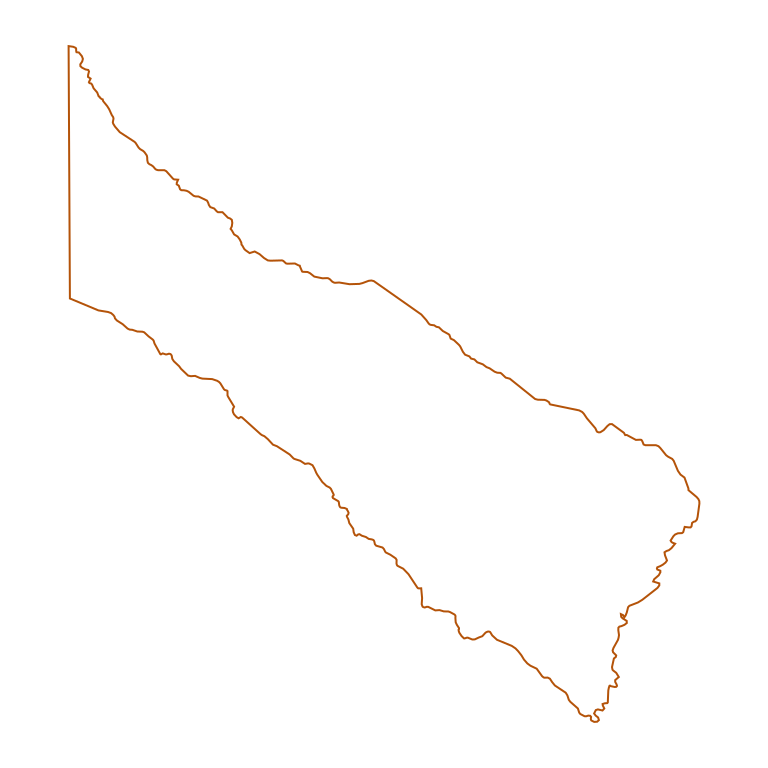 Formosa, Robinson projection
{"feature_id": "ARG-1307", "entity_name": "Formosa", "entity_type": "Province", "adm_level": 1, "iso_a3": "ARG", "parent_name": "Argentina", "parent_adm1": "", "projection": "robinson", "projection_center": [-59.89, -24.679], "detail": "fine", "context": "isolated", "style": "outline", "palette": "amber", "viewbox_px": 768, "rotation_deg": 0, "n_neighbors": 0, "source": "natural_earth", "source_scale": "10m", "svg_char_len": 6064}
<svg xmlns="http://www.w3.org/2000/svg" viewBox="0 0 768 768"><path d="M68.6,46.1L73.3,46.8L75.7,47.9L76.1,48.6L76.2,51.1L76.5,52.2L78.9,52.5L81.9,56.2L82.9,58.9L82.2,61.5L80.3,64.3L80.4,66.2L82.1,67.7L85.4,69.4L88.3,70.0L89.0,71.5L88.1,74.9L88.0,76.9L90.6,78.6L88.9,82.2L89.5,83.1L91.3,83.6L92.2,84.9L93.6,88.3L97.2,92.5L98.6,96.2L99.5,96.7L99.6,97.3L100.8,98.4L102.1,99.3L102.7,99.4L103.2,101.2L107.2,106.1L109.2,109.3L111.7,114.9L113.2,117.2L113.5,118.7L112.8,122.3L113.2,123.7L115.0,126.6L119.8,132.2L134.5,141.8L135.6,142.9L138.6,147.6L140.1,149.1L143.1,150.9L144.5,152.2L146.8,155.5L147.2,157.3L147.3,160.2L147.9,162.8L149.4,164.2L151.3,165.1L153.2,166.5L155.2,168.9L156.3,169.7L158.1,170.2L164.4,170.2L166.3,171.2L173.0,178.7L174.1,179.4L178.1,179.7L176.8,182.7L176.7,184.3L178.8,185.7L180.1,189.3L181.3,190.2L184.1,190.3L186.6,190.8L188.7,191.8L193.6,195.8L195.4,196.4L198.5,196.5L207.0,200.6L208.1,202.6L208.9,205.0L210.3,207.1L214.2,208.5L216.7,211.3L218.0,212.2L222.5,212.2L227.9,217.7L230.1,218.5L231.8,219.8L232.3,222.9L231.8,226.4L230.6,228.9L231.8,230.3L234.1,234.4L237.6,236.5L239.7,239.4L241.3,242.6L241.5,244.6L242.3,245.5L244.2,248.9L245.5,250.2L249.6,253.1L254.7,251.5L259.5,254.1L264.0,258.0L267.8,260.4L270.5,260.7L282.0,260.4L283.3,260.9L286.0,263.4L287.3,263.7L294.9,263.5L298.6,265.4L299.8,265.7L300.0,266.6L302.1,271.5L302.8,271.8L307.6,272.0L310.0,273.2L314.3,276.6L322.5,278.3L327.2,278.1L328.3,278.3L329.8,279.2L332.3,281.7L333.8,282.5L335.0,282.8L339.2,282.5L349.5,284.2L359.4,283.9L362.5,283.1L368.7,280.8L371.4,280.5L373.8,281.1L421.3,314.5L426.3,320.1L428.6,323.4L429.6,324.4L430.9,324.9L434.2,325.3L436.4,326.8L438.9,327.3L442.8,331.0L448.6,334.2L449.4,334.9L450.7,338.6L453.9,340.1L459.0,344.9L460.2,346.4L462.9,351.8L465.1,354.7L469.4,356.4L471.1,358.6L474.4,359.4L477.3,362.3L482.8,364.3L486.5,367.1L489.6,368.3L494.6,371.7L497.2,372.7L500.5,372.9L501.7,373.8L505.7,377.6L509.8,378.7L535.1,399.0L537.8,399.7L544.5,399.9L546.4,400.5L548.4,401.8L549.2,402.4L549.5,403.6L550.2,404.4L579.2,410.4L582.2,412.0L583.8,413.7L586.9,418.3L595.4,428.3L596.6,431.0L597.3,431.9L598.9,432.4L600.4,432.2L603.7,430.1L607.4,426.0L609.6,424.2L612.0,424.1L623.9,432.8L625.2,435.1L626.8,435.0L635.9,439.9L640.2,439.7L641.4,439.9L642.3,441.2L643.6,444.5L645.4,445.2L655.9,445.2L658.5,446.2L660.3,448.0L666.1,455.2L668.1,456.7L672.2,458.9L673.7,460.8L677.9,470.8L680.5,474.6L684.5,477.6L688.4,488.4L688.5,490.2L696.6,497.0L698.4,499.1L699.3,501.1L699.4,503.6L697.6,516.9L696.9,519.6L695.4,521.3L693.6,521.8L692.1,522.9L691.5,526.4L690.6,527.4L688.6,527.4L684.7,526.9L683.2,532.2L682.0,533.1L677.9,533.3L675.1,534.5L673.4,536.2L670.6,540.6L671.4,541.9L672.5,542.7L675.1,543.7L671.5,548.1L668.9,550.2L666.5,551.0L664.5,552.3L665.0,555.3L667.0,560.5L665.5,562.6L662.8,564.7L660.1,566.2L657.3,567.3L656.9,568.4L657.3,569.5L660.3,570.7L660.4,572.2L658.8,575.2L654.2,579.2L653.2,581.5L659.3,583.4L659.3,585.4L657.5,587.9L642.3,599.8L637.9,602.5L629.4,605.8L628.1,607.2L626.8,612.4L625.6,615.5L624.4,617.2L623.2,615.2L620.9,614.1L621.2,616.8L622.7,618.4L626.7,620.9L626.8,623.0L624.5,624.8L621.5,626.1L619.4,626.6L618.4,627.7L618.3,630.2L619.0,635.1L618.6,637.6L618.0,639.8L613.5,647.9L612.6,650.4L613.1,652.3L616.2,655.4L615.8,657.0L613.9,658.5L612.0,667.1L612.5,669.7L613.2,670.5L616.2,672.8L618.8,677.0L615.2,680.1L615.2,681.9L616.6,684.5L617.0,685.9L616.3,686.8L614.8,687.0L610.6,686.1L610.0,685.6L609.5,685.8L608.9,687.5L608.3,690.4L607.8,702.4L607.3,703.1L604.8,703.3L602.6,704.0L602.8,705.5L604.3,708.5L602.5,710.5L597.9,709.4L595.8,710.1L594.1,713.5L595.7,715.6L598.1,717.5L598.9,720.1L597.2,721.7L594.2,721.9L591.4,720.5L591.0,719.9L590.8,718.9L591.1,716.9L590.2,715.8L588.3,715.6L586.1,716.3L584.5,716.2L580.3,714.0L579.2,712.6L577.9,708.5L570.3,701.8L568.8,699.8L567.4,695.4L565.7,692.7L554.9,685.5L552.2,682.2L549.9,678.7L547.7,677.6L544.2,677.7L543.2,677.1L542.1,676.2L536.7,668.7L530.4,665.7L527.3,663.4L524.0,659.6L521.4,655.3L518.1,651.1L515.5,648.4L511.8,645.9L497.0,639.8L492.2,635.4L490.2,632.1L489.5,631.7L488.1,631.5L486.4,632.1L485.3,632.9L482.3,636.2L478.8,637.5L474.8,639.4L472.3,639.5L467.9,637.7L466.8,637.7L464.7,638.4L464.0,638.4L461.6,636.1L459.3,632.7L458.7,630.9L458.6,629.6L459.0,629.1L459.0,628.1L456.8,624.7L455.7,622.3L455.4,617.9L455.5,616.2L455.3,615.4L454.5,614.5L450.1,612.1L448.4,611.5L443.8,611.4L439.5,610.1L435.3,610.4L428.3,606.9L426.8,606.8L424.8,607.5L423.2,607.1L422.5,606.5L421.7,604.2L422.1,598.1L421.2,588.3L418.9,588.4L418.0,588.2L417.3,587.5L408.5,574.2L403.2,568.7L397.5,565.8L396.9,565.0L396.5,563.6L396.6,559.9L395.7,558.4L390.3,554.7L385.9,552.5L385.2,551.7L383.9,549.0L382.5,547.5L376.2,545.7L374.9,544.2L374.3,541.5L373.9,540.5L373.2,539.9L371.8,539.4L368.7,538.9L365.9,537.0L361.8,535.7L359.5,534.2L358.2,534.4L356.6,535.7L354.9,535.0L353.7,532.3L353.2,528.7L349.3,523.1L348.4,519.5L346.9,516.6L346.8,515.8L348.2,514.3L348.6,512.8L347.9,511.2L347.1,509.9L346.9,509.0L344.6,508.0L341.1,507.7L340.3,507.3L339.7,506.5L339.2,505.1L338.8,502.0L338.3,501.2L333.0,498.1L332.5,497.0L332.7,496.3L333.6,495.3L333.7,494.6L330.9,488.8L329.6,487.5L326.4,485.9L322.3,482.0L317.3,474.7L316.2,472.7L314.4,468.5L312.5,465.2L309.3,463.6L308.1,463.4L305.0,463.9L300.3,460.8L294.3,458.9L293.4,458.3L289.7,454.5L276.9,446.2L273.0,444.7L267.9,439.2L264.4,436.2L261.9,435.1L260.5,434.1L242.1,417.5L240.8,417.0L238.6,418.3L236.6,417.1L234.0,414.3L233.0,412.2L232.7,410.4L232.8,409.3L234.1,406.7L228.2,396.9L227.5,395.4L227.5,391.1L227.0,390.6L224.9,390.0L224.0,389.3L220.4,383.4L219.1,382.0L217.2,380.8L212.2,379.1L202.3,378.6L199.7,377.9L195.1,375.9L190.9,376.2L188.1,375.6L181.0,368.8L179.2,366.3L173.9,361.3L172.3,358.9L171.7,355.6L171.0,354.5L170.3,354.0L169.0,353.7L166.7,354.4L165.7,354.4L162.7,353.4L160.9,354.4L160.3,354.1L154.5,343.5L153.6,340.6L152.8,339.6L148.6,336.4L144.2,332.3L142.3,331.7L137.3,331.5L132.3,329.8L129.7,329.6L127.6,328.6L122.7,324.2L116.9,320.5L115.0,318.4L114.5,316.6L113.3,315.0L111.1,313.1L108.1,312.0L98.4,310.4L69.9,298.5L68.6,46.1Z" fill="none" stroke="#b45309" stroke-width="2"/></svg>